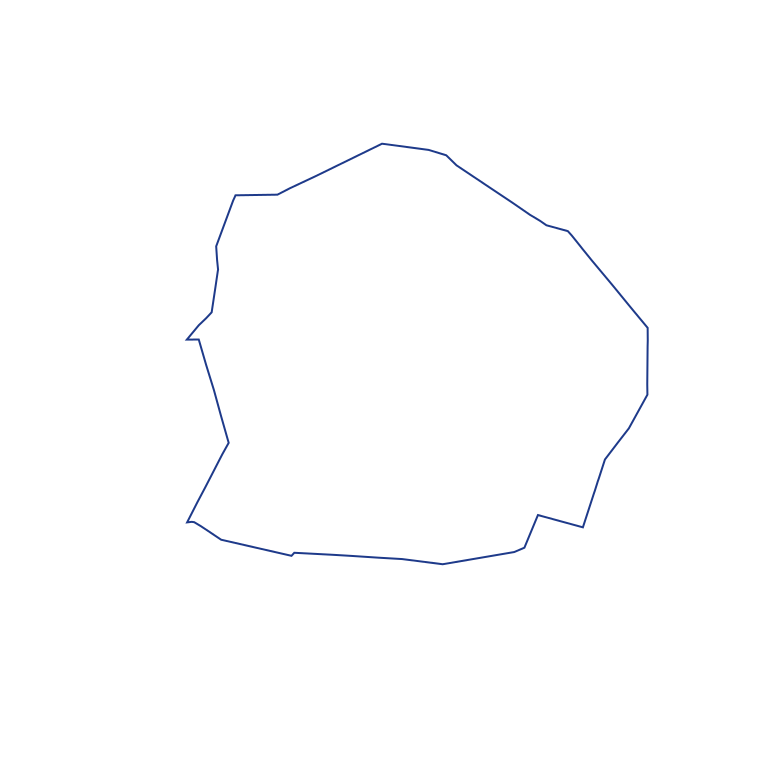 Villa Tejúpam de la Unión, Oaxaca, Mexico (Mercator projection), rotated 138°
{"feature_id": "50627088B36340506209634", "entity_name": "Villa Tejúpam de la Unión", "entity_type": "district", "adm_level": 2, "iso_a3": "MEX", "parent_name": "Mexico", "parent_adm1": "Oaxaca", "projection": "mercator", "projection_center": [-97.464, 17.665], "detail": "fine", "context": "isolated", "style": "outline", "palette": "blue", "viewbox_px": 768, "rotation_deg": 138, "n_neighbors": 0, "source": "geoboundaries", "source_scale": "gbopen_adm2", "svg_char_len": 1162}
<svg xmlns="http://www.w3.org/2000/svg" viewBox="0 0 768 768"><g transform="rotate(138 384 384)"><path d="M567.7,318.2L563.6,318.6L536.6,291.6L529.0,283.9L523.0,277.8L504.2,258.5L487.7,241.8L461.0,210.8L399.7,172.0L389.2,168.4L357.3,183.6L332.1,144.4L300.9,162.4L298.9,163.5L297.2,164.5L294.5,166.1L293.8,166.5L293.3,166.8L292.1,167.5L290.8,168.3L290.1,168.7L288.6,169.5L287.0,170.4L270.6,179.9L270.4,180.0L270.1,180.1L249.4,184.0L231.7,187.2L195.4,199.8L188.5,207.7L162.9,235.6L159.1,239.6L150.5,249.3L149.6,271.8L149.3,278.7L148.1,304.0L146.9,336.6L146.1,352.0L146.0,353.1L145.1,368.8L145.1,372.5L145.1,372.8L145.1,374.6L157.1,393.3L158.9,401.0L162.3,412.0L167.4,433.4L175.6,465.6L183.8,498.0L184.7,512.3L194.2,528.1L224.7,563.9L296.1,584.3L322.8,592.4L336.5,596.0L368.1,623.6L369.8,622.8L373.3,621.3L416.6,598.6L425.1,587.8L430.8,580.0L432.1,579.0L444.9,568.4L464.1,552.6L472.2,551.9L482.3,551.6L500.8,548.9L491.9,541.0L503.5,517.0L514.5,493.2L526.2,469.9L538.8,444.2L551.1,440.0L558.0,437.4L574.6,431.1L586.0,426.8L602.1,420.9L622.9,412.9L619.1,410.2L617.5,408.3L615.2,400.8L609.2,377.2L567.7,318.2Z" fill="none" stroke="#1e3a8a" stroke-width="2"/></g></svg>